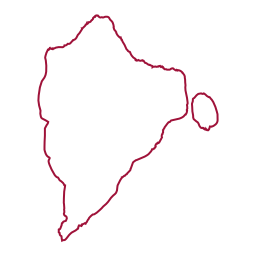 the district of Tutuala, Lautém, East Timor
{"feature_id": "22284137B2107732035789", "entity_name": "Tutuala", "entity_type": "district", "adm_level": 2, "iso_a3": "TLS", "parent_name": "East Timor", "parent_adm1": "Lautém", "projection": "equal_earth", "projection_center": [127.23, -8.446], "detail": "fine", "context": "isolated", "style": "outline", "palette": "rose", "viewbox_px": 256, "rotation_deg": 0, "n_neighbors": 0, "source": "geoboundaries", "source_scale": "gbopen_adm2", "svg_char_len": 5574}
<svg xmlns="http://www.w3.org/2000/svg" viewBox="0 0 256 256"><path d="M44.4,77.6L41.8,81.3L39.9,87.4L38.7,95.4L38.4,100.5L39.1,105.5L40.5,110.6L40.3,113.7L40.8,116.3L41.1,117.3L41.6,118.1L42.3,118.6L45.4,120.2L48.2,121.9L48.0,122.9L47.3,124.3L46.7,125.0L44.9,128.4L44.9,135.6L44.6,141.7L44.5,146.5L44.5,149.7L44.8,151.0L45.7,153.7L46.7,155.5L47.9,156.7L49.3,157.5L49.7,158.0L49.6,158.5L48.7,160.3L48.6,161.5L48.9,162.9L49.5,164.7L51.6,169.5L54.7,175.0L55.8,176.3L56.8,177.1L58.1,177.6L59.7,180.3L61.2,181.3L63.0,182.9L63.9,184.2L64.2,185.1L64.5,185.4L65.1,185.4L65.1,185.9L64.2,191.5L63.9,198.2L63.8,202.9L64.0,204.0L64.3,208.4L64.1,209.3L64.3,211.2L64.3,212.4L63.9,213.5L63.9,214.0L64.3,215.1L64.6,215.4L65.0,215.8L65.4,215.8L66.4,216.7L66.8,218.0L66.8,218.5L65.9,220.8L63.5,221.6L63.0,222.1L62.5,223.0L62.2,223.0L61.9,223.3L61.6,225.2L60.2,228.8L59.7,229.2L58.8,229.4L58.7,229.8L58.8,230.7L58.7,232.2L58.9,232.5L59.6,232.9L59.8,234.7L60.4,235.5L61.4,236.1L61.5,236.4L61.7,238.4L62.1,240.6L62.8,240.2L64.2,240.1L65.1,239.8L66.3,238.6L69.1,235.0L70.6,233.5L71.8,232.5L75.5,230.5L77.2,229.2L77.7,228.5L78.1,228.5L78.5,226.3L79.1,225.4L79.6,225.7L80.8,225.6L81.2,225.9L81.3,225.8L81.5,225.9L82.0,225.2L81.8,224.7L82.0,224.4L82.2,224.5L82.4,224.3L83.8,223.8L84.8,223.2L85.6,223.7L86.1,222.7L86.8,222.0L87.1,221.3L88.0,219.7L88.6,219.1L88.7,218.7L89.2,217.8L90.8,216.1L92.7,214.5L93.9,214.4L94.7,214.0L96.7,212.7L99.8,210.0L101.7,208.2L103.2,206.5L106.2,203.9L108.1,201.8L111.0,197.8L113.1,195.6L115.1,193.9L116.1,192.7L117.0,190.4L117.4,186.7L117.6,185.4L120.1,180.4L121.0,178.9L121.7,178.1L121.8,177.6L121.8,177.3L122.8,177.0L124.1,175.9L124.7,175.9L125.8,174.6L126.8,174.2L127.1,173.5L129.9,170.6L130.5,169.7L130.5,168.9L130.9,168.3L132.9,162.7L133.4,162.0L135.9,160.2L136.5,160.1L144.7,156.6L146.8,155.4L148.5,154.2L151.0,151.4L151.7,150.3L152.0,149.3L152.9,149.3L153.5,148.7L154.1,148.6L154.1,148.4L155.0,147.7L155.6,146.8L155.4,146.5L155.6,146.1L155.4,145.8L155.4,145.4L156.1,144.1L156.7,143.5L157.3,143.6L157.7,142.9L158.3,143.0L158.4,142.6L158.8,142.7L159.2,142.5L162.0,137.3L161.7,136.5L161.8,135.1L162.2,134.2L162.6,133.9L162.5,133.4L163.1,132.5L163.0,131.9L163.2,130.6L163.2,130.4L163.0,130.1L164.4,128.0L164.5,127.5L167.4,123.6L168.6,122.2L169.5,122.1L170.0,121.8L170.8,120.7L171.1,120.5L179.4,118.6L181.6,117.7L183.5,116.5L185.4,114.4L185.7,114.5L186.4,113.4L186.8,112.3L187.1,110.5L186.8,110.2L186.8,109.8L187.3,108.6L187.2,106.2L187.0,105.3L187.0,104.8L187.6,103.7L187.6,102.5L187.0,97.8L185.5,90.5L185.3,87.4L185.5,85.3L185.2,82.4L185.1,79.5L184.8,77.8L184.8,76.7L184.4,75.3L182.6,72.7L182.3,72.4L182.2,72.5L181.8,71.9L180.5,70.9L178.7,70.2L178.1,70.3L177.8,70.5L177.5,70.1L176.9,70.3L176.6,70.0L176.3,70.4L175.8,70.4L173.5,68.9L173.3,68.5L172.6,68.3L171.6,68.5L170.8,68.9L170.6,69.2L169.6,69.7L168.8,69.7L167.0,69.7L166.1,69.2L164.9,69.3L164.2,68.9L164.0,68.4L163.4,68.2L163.2,67.7L163.1,67.2L162.4,67.2L162.1,66.4L161.7,66.4L160.9,67.0L160.2,66.5L160.0,65.9L158.9,66.1L158.4,66.3L158.3,66.5L158.0,66.4L157.1,66.8L156.1,66.8L155.7,66.5L155.1,66.5L154.6,66.7L153.5,66.6L152.5,67.2L152.5,66.4L152.1,65.9L150.9,65.5L149.8,64.8L149.3,65.0L148.9,64.7L148.3,64.6L146.4,63.2L145.0,62.8L143.7,60.9L143.1,60.9L143.0,60.5L142.7,60.3L142.3,60.2L140.8,60.8L139.5,60.6L138.4,60.0L137.9,60.4L137.2,60.5L136.8,60.2L136.7,60.4L136.3,60.1L136.0,60.4L135.8,60.3L135.4,59.9L135.4,59.4L135.5,59.1L135.3,58.8L133.3,57.5L131.6,55.5L130.3,53.1L130.3,52.7L130.1,52.2L129.7,51.8L129.0,51.7L127.9,50.9L127.7,50.4L126.5,49.2L124.5,44.8L122.5,41.5L121.9,39.8L121.5,39.8L120.8,37.8L120.6,38.0L120.0,37.7L119.7,37.1L119.2,37.0L117.6,35.3L116.4,33.3L116.2,32.1L115.7,31.6L115.5,31.0L114.3,29.7L113.6,27.6L113.6,27.1L113.8,26.9L113.4,24.7L112.6,22.4L111.7,21.2L110.1,19.6L109.0,17.7L108.6,17.3L108.5,17.2L107.6,16.8L106.0,16.7L104.7,16.9L103.6,17.4L102.7,17.5L101.9,17.2L100.2,17.5L99.3,17.1L98.2,15.9L98.1,16.0L97.6,15.5L97.0,15.7L96.4,15.4L95.8,15.6L95.5,15.8L95.1,16.7L94.9,16.6L94.8,16.9L93.8,17.2L93.5,17.8L93.2,17.9L93.0,18.2L93.0,18.9L92.7,19.3L92.1,19.8L92.0,20.1L91.4,20.4L90.6,21.6L89.8,22.1L88.8,22.3L88.3,22.2L88.2,23.0L87.6,23.7L86.7,24.2L86.6,23.9L86.4,24.4L85.7,24.6L85.7,24.9L84.9,26.0L82.5,28.3L82.0,28.3L82.2,28.8L82.0,29.2L79.5,33.1L77.8,35.0L76.4,37.8L75.5,38.9L74.6,39.6L73.1,40.1L73.1,40.4L72.3,41.0L70.2,43.4L69.0,43.9L67.7,43.8L67.1,44.5L66.2,45.2L65.2,45.5L64.5,45.4L64.4,45.9L64.1,46.3L63.2,47.0L62.7,47.2L58.7,47.1L56.0,47.6L53.6,48.7L53.3,48.5L53.2,48.8L52.8,49.2L51.9,48.9L51.8,48.7L51.4,48.9L50.7,48.5L50.6,48.3L50.0,48.2L50.0,48.3L49.9,48.1L49.7,48.3L49.8,48.6L49.6,48.7L49.7,48.8L49.4,49.2L49.0,49.3L48.6,49.9L47.9,49.7L46.3,53.1L46.2,53.6L45.6,55.5L45.2,57.3L45.2,57.9L45.8,60.4L46.3,65.7L46.2,71.7L45.6,74.8L45.0,76.3L44.4,77.6ZM202.3,93.9L201.1,93.4L198.3,93.9L196.6,95.2L194.3,97.9L193.3,98.5L192.9,99.0L192.8,101.2L192.0,103.7L192.0,104.3L192.2,106.9L192.4,111.4L193.1,115.3L193.2,117.6L193.7,119.1L196.0,121.1L197.8,122.4L198.5,123.5L199.4,125.8L200.7,127.6L201.7,128.0L202.2,128.1L202.7,127.8L203.2,127.9L203.5,128.0L203.8,128.8L204.2,129.0L204.5,128.7L204.8,128.9L204.9,129.3L205.2,129.6L205.7,129.4L205.8,129.1L205.9,129.3L206.1,129.2L206.5,129.9L207.2,130.2L208.2,130.2L208.4,129.7L208.6,129.8L209.2,129.0L209.9,126.5L211.6,126.7L211.9,126.4L212.3,126.4L213.5,125.9L215.6,124.4L216.5,123.4L217.1,122.4L217.5,121.1L217.6,120.1L217.5,114.2L216.8,111.5L215.4,106.9L213.3,102.1L211.7,99.6L210.6,98.5L210.0,97.5L209.1,97.0L208.7,97.1L206.8,95.9L205.4,94.5L203.8,93.4L203.4,93.5L203.0,93.9L202.3,93.9Z" fill="none" stroke="#9f1239" stroke-width="2"/></svg>